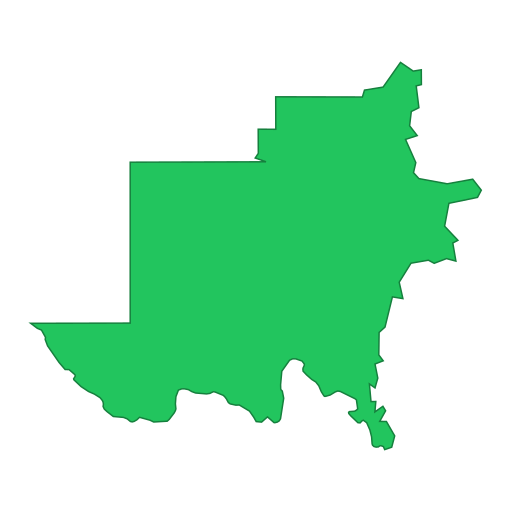 the district of Jackson, Oklahoma, United States of America
{"feature_id": "52423323B19658065056773", "entity_name": "Jackson", "entity_type": "district", "adm_level": 2, "iso_a3": "USA", "parent_name": "United States of America", "parent_adm1": "Oklahoma", "projection": "equal_earth", "projection_center": [-99.395, 34.598], "detail": "fine", "context": "isolated", "style": "filled", "palette": "green", "viewbox_px": 512, "rotation_deg": 0, "n_neighbors": 0, "source": "geoboundaries", "source_scale": "gbopen_adm2", "svg_char_len": 2253}
<svg xmlns="http://www.w3.org/2000/svg" viewBox="0 0 512 512"><path d="M364.5,90.1L362.4,97.0L275.7,96.8L275.8,129.3L258.2,129.2L258.3,153.4L255.2,158.0L266.0,161.8L130.2,162.2L130.2,323.1L30.7,323.3L37.3,328.3L41.5,330.1L45.5,337.3L45.2,339.5L47.6,345.9L59.1,362.5L65.1,369.5L69.1,369.6L74.8,374.6L75.2,375.4L75.2,376.3L73.6,378.8L73.9,379.8L81.1,386.6L88.5,391.5L94.4,394.1L100.1,397.7L102.2,400.3L103.0,401.8L103.4,404.0L103.1,406.5L104.3,409.1L107.0,411.6L113.3,416.5L123.5,417.4L127.3,418.9L130.4,421.5L132.2,421.9L134.1,421.4L136.9,419.8L139.5,417.3L150.0,420.2L153.7,422.0L167.2,421.2L169.3,419.3L174.2,412.9L175.4,410.6L175.9,408.9L175.4,403.8L175.9,396.7L178.4,390.1L181.6,388.9L184.2,388.8L188.4,389.6L191.8,391.6L195.6,393.0L206.5,393.9L209.9,393.4L213.3,391.7L215.1,392.0L223.2,395.3L224.7,396.7L226.4,398.9L228.4,402.6L230.2,403.9L235.6,405.1L237.0,405.1L239.3,405.0L249.5,411.1L253.8,417.3L256.2,421.6L261.6,422.1L267.5,416.9L274.0,422.6L274.9,422.7L277.3,422.1L279.2,420.9L280.5,418.8L283.7,398.2L282.3,391.1L280.9,389.6L280.7,388.6L280.6,384.6L281.8,371.2L289.6,360.2L292.7,358.8L295.9,358.9L302.0,361.0L304.3,364.0L304.2,365.6L303.1,367.9L302.9,369.1L303.1,371.2L306.6,374.9L311.7,379.4L315.8,382.0L318.8,385.8L321.3,391.7L323.9,395.8L324.5,396.3L325.7,396.3L330.2,395.0L335.3,391.9L337.8,391.0L340.4,391.5L354.8,398.6L356.4,399.8L357.7,408.9L356.5,410.1L354.6,411.2L349.4,411.6L348.6,412.3L348.8,413.6L350.9,416.0L357.9,422.7L360.1,422.9L362.0,420.9L363.3,420.2L366.7,422.7L369.9,430.0L371.6,436.9L372.1,443.8L372.5,445.1L373.9,446.5L376.1,447.1L378.4,446.9L379.7,445.9L381.0,445.7L383.4,446.6L384.7,449.6L391.7,447.2L394.7,435.9L386.4,421.5L379.7,421.4L385.6,410.8L382.9,406.3L374.9,411.9L375.8,401.5L371.0,401.6L369.4,383.9L375.0,387.9L377.8,378.1L375.0,364.0L383.2,360.8L378.8,354.9L379.1,332.4L385.0,327.1L392.4,296.9L402.9,298.6L399.2,282.2L411.0,263.2L428.4,260.2L434.2,263.3L446.5,258.6L455.9,261.1L452.8,243.0L457.9,240.3L444.6,226.2L448.9,203.3L477.5,197.4L481.3,190.2L472.7,179.2L447.1,183.8L418.9,178.6L413.5,172.7L415.8,162.6L405.5,139.4L417.2,135.6L409.6,125.8L411.3,111.5L418.9,107.7L416.2,85.9L421.4,84.6L421.3,69.8L413.2,71.1L400.5,62.4L383.1,87.1L364.5,90.1Z" fill="#22c55e" stroke="#15803d" stroke-width="1.5"/></svg>